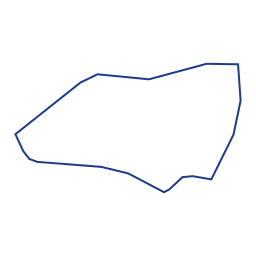 the border of Diego Martin
{"feature_id": "TTO-51", "entity_name": "Diego Martin", "entity_type": "Region", "adm_level": 1, "iso_a3": "TTO", "parent_name": "Trinidad and Tobago", "parent_adm1": "", "projection": "natural_earth1", "projection_center": [-61.564, 10.711], "detail": "fine", "context": "isolated", "style": "outline", "palette": "blue", "viewbox_px": 256, "rotation_deg": 0, "n_neighbors": 0, "source": "natural_earth", "source_scale": "10m", "svg_char_len": 355}
<svg xmlns="http://www.w3.org/2000/svg" viewBox="0 0 256 256"><path d="M164.0,192.2L128.2,173.4L101.4,166.9L37.4,161.9L29.4,159.0L23.3,151.2L15.4,134.2L80.5,82.5L97.5,74.3L148.9,79.3L206.6,63.8L238.0,64.3L238.5,70.3L240.6,100.8L233.5,134.6L211.3,179.4L192.8,176.2L182.5,177.1L169.1,189.6L164.0,192.2Z" fill="none" stroke="#1e3a8a" stroke-width="2"/></svg>